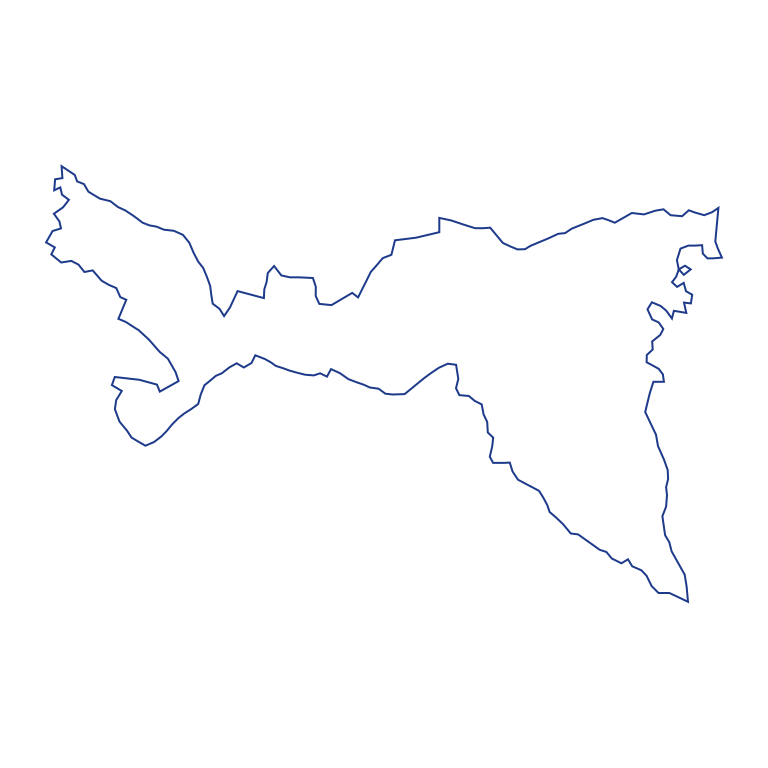 Flor da Serra do Sul, Paraná, Brazil
{"feature_id": "56859067B68120244559309", "entity_name": "Flor da Serra do Sul", "entity_type": "district", "adm_level": 2, "iso_a3": "BRA", "parent_name": "Brazil", "parent_adm1": "Paraná", "projection": "albers", "projection_center": [-53.304, -26.255], "detail": "fine", "context": "isolated", "style": "outline", "palette": "blue", "viewbox_px": 768, "rotation_deg": 0, "n_neighbors": 0, "source": "geoboundaries", "source_scale": "gbopen_adm2", "svg_char_len": 3391}
<svg xmlns="http://www.w3.org/2000/svg" viewBox="0 0 768 768"><path d="M145.4,445.7L153.9,442.1L161.2,436.6L166.5,431.2L172.3,424.2L178.5,418.0L184.1,413.6L191.4,408.9L198.2,404.0L200.6,394.9L204.4,385.3L210.7,380.2L215.9,375.8L221.8,373.3L229.5,367.3L236.7,363.3L243.8,367.5L251.5,363.0L255.3,355.3L264.8,359.0L270.8,362.3L275.8,365.9L283.0,368.2L289.9,370.7L296.8,372.6L305.0,374.7L313.8,375.4L320.1,373.3L327.0,376.6L331.0,369.1L339.8,373.1L348.4,379.1L355.9,382.0L364.0,384.8L369.8,387.5L378.6,388.7L385.4,393.7L392.4,394.5L404.6,394.1L410.4,389.4L417.2,383.8L424.3,378.0L430.7,373.3L439.0,367.7L447.8,363.7L456.1,364.8L458.3,379.0L456.0,388.2L459.3,395.1L468.9,396.0L474.7,400.9L481.7,404.4L483.6,414.5L487.2,421.9L487.8,432.5L493.2,437.6L492.2,446.5L489.8,456.7L493.1,462.9L503.1,462.9L509.8,462.6L512.5,471.4L518.0,479.7L526.2,484.1L531.8,487.0L539.1,490.9L543.1,497.3L547.3,505.1L549.6,512.0L555.9,517.4L563.0,524.1L570.8,533.5L578.1,534.4L599.7,549.8L606.4,552.0L611.8,558.5L621.4,563.3L628.0,559.3L632.2,566.3L641.4,570.3L646.6,575.8L651.6,586.0L658.5,593.0L669.4,593.0L688.0,601.8L686.6,586.4L684.7,574.7L671.6,551.3L669.3,542.2L665.1,535.2L662.4,516.2L666.1,506.6L667.0,495.2L666.1,487.1L668.1,479.1L667.7,470.0L663.9,459.4L658.0,446.1L656.0,434.7L645.2,412.0L649.7,393.5L653.4,381.8L663.9,381.8L662.9,374.4L658.7,368.8L646.6,362.2L646.8,355.0L652.7,349.5L652.2,341.4L660.3,334.9L663.3,329.0L658.7,322.4L652.1,319.4L647.5,309.3L651.9,302.3L660.7,306.0L666.3,310.7L671.9,318.5L673.9,310.8L686.3,312.9L684.0,302.6L690.9,303.4L692.2,294.7L686.0,291.2L683.7,282.9L677.1,286.9L672.0,282.2L676.2,276.7L678.8,269.4L676.9,260.2L680.5,248.6L688.4,245.6L694.9,245.6L702.1,245.2L702.8,253.6L707.5,258.4L713.6,258.3L721.9,257.6L718.0,248.9L715.3,241.5L718.4,207.9L712.1,212.2L704.2,215.2L695.2,212.6L688.8,210.3L682.1,216.2L670.6,215.2L663.5,209.3L655.3,210.7L644.0,214.4L631.8,213.0L621.7,218.8L614.8,222.7L608.5,220.2L602.6,218.1L593.4,219.8L583.6,223.9L571.8,228.6L565.1,233.1L558.2,233.8L548.1,238.5L538.2,242.6L530.4,245.9L525.0,249.2L517.5,249.4L510.7,246.6L502.8,242.9L490.2,227.7L483.3,228.2L475.1,228.2L463.6,224.6L451.4,220.5L439.3,217.9L439.3,232.2L416.0,237.7L395.0,240.3L391.4,254.8L382.8,258.1L375.2,267.0L370.9,271.8L358.1,297.4L352.2,292.9L331.5,305.1L319.3,303.9L315.7,295.9L315.8,286.8L312.9,278.0L298.1,277.3L289.7,277.3L281.3,275.4L274.1,266.0L267.8,273.0L266.6,282.0L264.3,289.4L263.9,298.1L237.6,291.1L230.0,307.4L224.1,316.1L219.5,308.8L212.7,303.7L211.3,295.0L210.2,286.0L206.8,276.6L203.1,267.8L198.2,261.6L193.6,252.8L189.3,242.7L182.9,234.8L173.8,230.8L164.0,229.7L156.4,226.6L149.5,225.4L142.6,222.7L134.0,216.2L125.4,210.5L117.9,207.0L110.4,201.2L99.8,198.6L88.4,191.7L84.0,184.1L77.1,181.4L74.8,175.0L61.6,166.2L62.4,178.1L55.1,179.3L54.2,190.3L60.3,187.4L62.0,194.7L68.9,199.8L63.1,207.3L53.9,213.7L59.4,221.4L61.0,228.4L52.6,231.0L46.1,242.4L54.8,247.4L51.3,254.4L61.2,262.5L71.3,260.9L78.5,264.6L84.4,272.0L92.7,270.4L101.6,280.7L108.7,284.8L116.3,288.1L120.3,297.1L126.3,299.8L118.4,318.8L125.9,322.0L132.8,326.5L138.7,330.2L149.0,339.7L159.5,351.7L167.9,358.7L175.6,372.2L178.6,381.1L159.8,391.6L157.0,384.6L139.4,379.8L114.8,377.0L111.9,385.1L121.8,391.0L116.2,400.1L114.9,409.2L119.5,421.6L127.1,430.8L131.5,437.5L137.9,441.4L145.4,445.7ZM678.8,269.4L683.8,274.8L690.7,269.4L685.0,265.7L678.8,269.4Z" fill="none" stroke="#1e3a8a" stroke-width="2"/></svg>